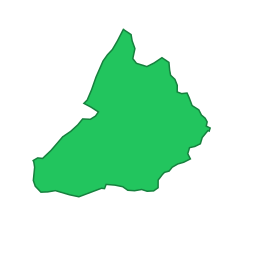 Nässjö, Jönköping, Sweden, rotated 201°
{"feature_id": "70781695B63607124803210", "entity_name": "Nässjö", "entity_type": "district", "adm_level": 2, "iso_a3": "SWE", "parent_name": "Sweden", "parent_adm1": "Jönköping", "projection": "mercator", "projection_center": [14.674, 57.636], "detail": "fine", "context": "isolated", "style": "filled", "palette": "green", "viewbox_px": 256, "rotation_deg": 201, "n_neighbors": 0, "source": "geoboundaries", "source_scale": "gbopen_adm2", "svg_char_len": 1140}
<svg xmlns="http://www.w3.org/2000/svg" viewBox="0 0 256 256"><g transform="rotate(201 128 128)"><path d="M178.0,135.2L169.9,134.2L161.4,132.4L162.6,127.5L166.3,122.6L173.6,120.2L176.0,112.9L180.3,104.3L185.8,96.4L188.8,87.9L191.9,79.3L196.8,69.0L201.6,67.7L204.9,63.6L203.8,62.6L201.1,57.9L199.5,52.1L197.6,45.1L193.7,40.4L186.3,36.9L180.0,39.6L173.4,43.5L158.6,44.7L149.2,46.2L139.1,55.2L131.2,62.2L128.2,63.0L128.2,67.5L119.7,70.0L111.9,71.3L105.9,69.8L99.4,71.8L93.2,75.5L87.5,75.8L81.5,78.5L78.5,83.0L81.2,90.2L79.2,97.0L78.0,99.7L74.2,102.5L72.7,107.2L68.7,112.2L63.7,116.0L58.7,121.5L63.0,125.4L63.5,131.7L59.0,134.7L54.8,139.2L55.3,145.7L52.5,154.2L51.1,154.2L51.3,157.4L55.6,157.8L56.3,162.1L59.5,164.8L64.1,166.4L68.4,170.3L76.2,171.9L81.7,178.1L85.4,181.8L90.3,179.3L95.0,179.3L97.3,185.5L101.6,190.2L107.1,192.5L109.8,196.8L113.3,203.9L121.5,205.8L127.0,198.0L132.4,192.1L143.3,191.4L148.4,194.5L150.0,204.6L155.4,210.9L158.6,216.3L167.5,218.3L167.6,219.1L169.1,205.4L170.7,195.7L173.4,189.0L175.3,181.6L175.7,172.6L176.1,164.1L175.7,150.8L176.1,139.5L178.0,135.2Z" fill="#22c55e" stroke="#15803d" stroke-width="1.5"/></g></svg>